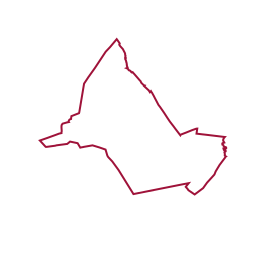 Santiago Nacaltepec, Oaxaca, Mexico (orthographic projection), rotated 158°
{"feature_id": "50627088B46884693471354", "entity_name": "Santiago Nacaltepec", "entity_type": "district", "adm_level": 2, "iso_a3": "MEX", "parent_name": "Mexico", "parent_adm1": "Oaxaca", "projection": "orthographic", "projection_center": [-96.923, 17.515], "detail": "fine", "context": "isolated", "style": "outline", "palette": "rose", "viewbox_px": 256, "rotation_deg": 158, "n_neighbors": 0, "source": "geoboundaries", "source_scale": "gbopen_adm2", "svg_char_len": 2688}
<svg xmlns="http://www.w3.org/2000/svg" viewBox="0 0 256 256"><g transform="rotate(158 128 128)"><path d="M58.7,92.8L61.3,94.2L66.6,97.1L64.0,101.5L64.9,101.8L67.3,101.9L69.3,102.0L76.0,102.0L81.6,102.1L82.2,101.6L84.3,109.2L85.2,112.7L86.0,115.5L86.1,115.9L86.5,117.3L86.7,118.0L86.8,118.4L87.7,122.7L88.8,128.4L90.3,135.1L90.5,135.9L91.1,138.0L91.4,141.1L91.9,145.9L92.1,148.3L92.4,150.6L92.5,151.7L92.8,152.7L92.9,153.6L94.3,152.9L94.4,153.4L94.5,154.0L94.8,155.3L94.8,155.5L95.0,155.7L97.4,160.8L96.6,161.2L97.1,161.6L97.4,161.8L98.8,165.1L98.8,165.3L98.8,166.7L99.2,167.6L100.2,170.6L102.0,175.8L102.6,177.4L102.7,177.7L102.7,177.9L102.8,178.1L103.0,178.1L103.6,178.0L104.0,178.5L104.2,179.5L104.4,180.1L105.0,180.8L105.3,180.9L105.5,181.3L105.7,181.5L105.8,182.6L106.7,183.8L106.9,184.0L106.5,184.0L105.7,184.3L105.8,185.9L105.7,186.3L105.4,186.7L105.4,187.3L105.1,188.1L104.9,189.0L105.0,189.3L104.8,189.9L104.8,190.2L104.6,191.7L104.8,192.4L104.7,193.1L104.6,193.4L104.3,193.1L103.8,193.7L103.8,194.6L103.7,195.3L103.5,195.5L103.2,196.1L103.3,196.8L103.0,197.5L102.9,197.7L102.8,199.1L102.9,199.9L103.0,200.7L103.0,200.9L103.2,203.1L104.6,206.9L104.9,208.5L104.6,208.9L104.2,209.2L104.1,209.3L104.0,209.5L104.9,213.5L105.0,213.7L105.2,214.6L114.4,209.7L120.1,207.1L136.1,196.1L146.0,189.8L146.4,189.5L152.1,185.6L167.3,160.8L167.9,160.1L176.0,160.2L176.6,159.2L176.9,158.7L177.1,158.3L177.3,157.9L177.4,157.7L178.3,157.8L178.9,157.7L179.0,157.6L179.4,157.4L179.8,157.3L180.7,156.3L180.6,155.7L181.0,155.8L181.6,155.8L181.9,155.9L182.2,156.0L182.7,156.1L183.2,156.1L186.9,156.5L187.0,156.5L187.2,156.4L187.5,156.2L188.5,155.5L189.3,153.9L189.7,152.7L190.6,150.0L191.5,148.5L191.6,148.2L194.0,148.6L198.0,148.7L203.1,148.9L206.3,149.0L214.4,149.4L211.4,141.4L210.6,141.0L202.3,138.9L201.6,138.8L200.7,138.7L190.3,136.0L186.8,137.1L180.4,132.8L179.6,127.7L179.4,127.7L178.0,127.4L177.4,127.3L176.7,127.1L176.2,127.1L175.8,127.0L167.4,125.2L161.7,120.6L156.9,116.4L157.5,110.2L157.4,109.2L157.2,108.3L155.1,102.9L152.5,92.5L147.7,64.7L98.3,55.3L92.4,54.1L96.5,51.8L95.6,49.2L95.5,48.7L95.3,47.7L91.1,41.4L80.9,44.1L75.2,47.7L65.7,52.3L65.3,52.5L65.2,52.6L63.0,54.9L57.0,59.4L48.9,64.3L48.0,65.0L47.9,65.0L48.6,66.2L48.4,66.8L48.1,67.1L47.9,67.8L47.7,69.4L46.3,69.7L46.1,69.9L46.0,70.1L46.0,70.4L46.7,71.2L46.9,71.2L47.1,71.4L47.3,71.7L47.3,72.0L47.2,73.0L46.3,72.5L45.2,72.2L44.5,72.5L44.3,73.2L44.6,73.7L45.7,74.3L46.0,74.7L46.1,74.9L46.1,75.3L46.0,75.6L46.0,76.4L46.2,76.8L46.7,77.2L46.5,78.1L46.1,78.5L45.5,78.5L44.2,78.4L44.5,80.6L44.3,81.1L44.0,81.7L43.9,81.8L43.6,82.1L42.9,82.7L42.4,83.0L41.6,83.4L42.0,83.6L58.7,92.8Z" fill="none" stroke="#9f1239" stroke-width="2"/></g></svg>